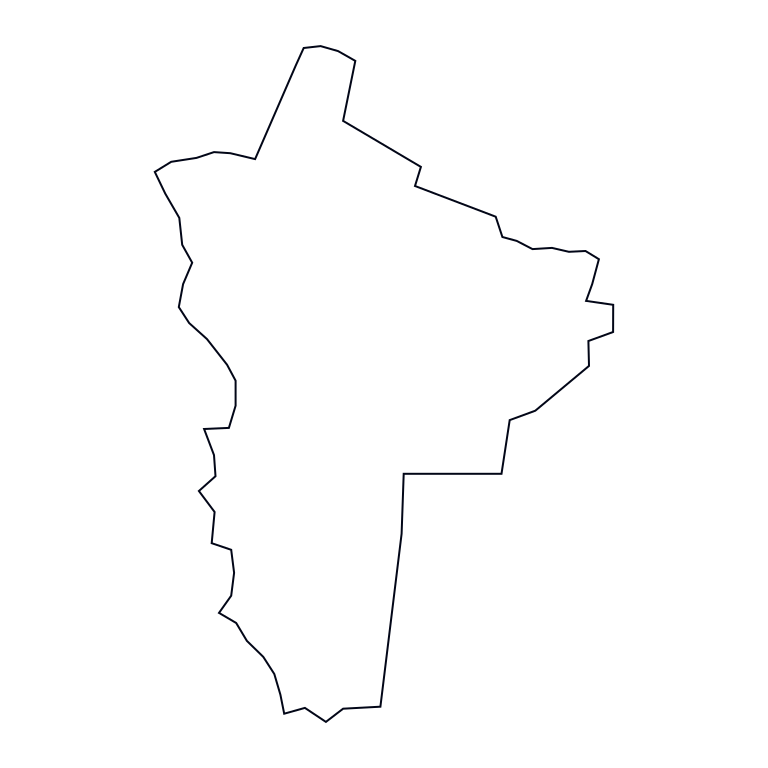 Cunhataí, Santa Catarina, Brazil (Equal Earth projection)
{"feature_id": "56859067B30520652390204", "entity_name": "Cunhataí", "entity_type": "district", "adm_level": 2, "iso_a3": "BRA", "parent_name": "Brazil", "parent_adm1": "Santa Catarina", "projection": "equal_earth", "projection_center": [-53.105, -26.977], "detail": "fine", "context": "isolated", "style": "outline", "palette": "ink", "viewbox_px": 768, "rotation_deg": 0, "n_neighbors": 0, "source": "geoboundaries", "source_scale": "gbopen_adm2", "svg_char_len": 914}
<svg xmlns="http://www.w3.org/2000/svg" viewBox="0 0 768 768"><path d="M154.8,171.9L165.3,193.7L179.3,217.9L182.2,244.8L192.2,262.7L183.1,284.1L178.8,307.1L189.2,323.1L207.0,339.1L227.1,364.8L235.6,380.7L235.6,405.7L228.9,427.9L204.1,429.0L214.0,455.1L215.5,476.2L198.9,491.0L214.6,512.0L211.7,543.2L231.2,549.8L234.1,572.8L231.2,595.7L219.0,612.9L236.2,623.0L246.9,640.9L263.3,656.9L274.3,674.0L280.4,694.7L284.2,713.7L304.9,707.9L325.9,721.9L343.1,708.7L380.4,706.7L401.6,533.8L403.7,473.8L501.5,473.8L509.7,420.1L535.3,410.7L589.0,365.9L588.4,341.0L613.1,332.0L613.2,304.8L586.1,300.9L592.2,284.1L598.9,259.2L585.5,251.0L568.9,251.8L552.0,247.9L532.5,249.1L516.7,240.9L502.4,237.0L495.7,216.7L415.0,186.0L420.9,166.9L343.1,120.9L355.3,60.9L338.1,51.1L320.6,46.1L303.7,48.0L295.9,65.2L255.1,159.1L230.3,153.2L214.0,152.1L196.5,157.9L171.2,161.8L154.8,171.9Z" fill="none" stroke="#020617" stroke-width="2"/></svg>